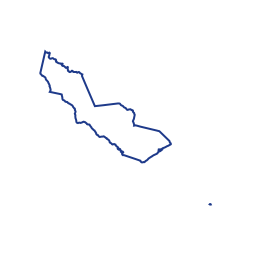 Caravelas, Bahia, Brazil (Natural Earth projection), rotated 20°
{"feature_id": "56859067B12322517102910", "entity_name": "Caravelas", "entity_type": "district", "adm_level": 2, "iso_a3": "BRA", "parent_name": "Brazil", "parent_adm1": "Bahia", "projection": "natural_earth1", "projection_center": [-39.704, -17.688], "detail": "fine", "context": "isolated", "style": "outline", "palette": "blue", "viewbox_px": 256, "rotation_deg": 20, "n_neighbors": 0, "source": "geoboundaries", "source_scale": "gbopen_adm2", "svg_char_len": 5589}
<svg xmlns="http://www.w3.org/2000/svg" viewBox="0 0 256 256"><g transform="rotate(20 128 128)"><path d="M111.3,108.0L110.1,108.4L96.9,115.1L89.4,118.8L76.6,105.2L66.9,94.8L66.8,93.3L66.1,93.3L65.8,93.1L65.2,93.0L64.6,93.0L64.1,92.8L63.7,92.5L63.2,92.3L62.7,92.2L62.1,92.6L61.7,93.2L61.3,93.4L60.9,93.3L60.5,93.0L60.1,93.0L59.7,93.3L59.1,93.5L58.5,93.7L57.9,93.9L57.5,94.0L57.0,93.8L56.6,93.4L56.1,93.3L55.6,93.5L55.4,94.1L55.0,94.7L54.6,95.1L54.3,95.3L53.9,95.4L53.4,95.3L53.0,95.0L52.6,94.7L52.1,94.8L51.8,94.4L51.6,93.8L51.2,93.3L50.8,92.7L50.9,92.0L50.6,91.4L50.2,91.4L50.0,91.8L49.7,92.3L49.2,92.7L48.7,92.6L48.3,92.3L48.0,92.2L47.5,92.1L47.2,91.9L46.7,91.7L46.1,91.7L45.5,92.0L44.9,91.9L44.4,91.5L44.4,91.0L44.6,90.5L44.5,90.0L43.9,90.0L43.6,90.3L43.2,90.7L42.6,90.6L42.1,90.5L41.4,90.8L40.9,90.8L40.4,90.8L40.0,90.8L39.5,90.7L39.0,90.4L38.3,90.6L37.8,90.3L37.4,89.8L37.3,88.9L37.0,88.6L36.5,88.3L36.1,88.3L35.5,88.6L34.9,88.5L34.2,88.3L33.5,88.1L32.9,88.3L32.3,88.9L31.6,89.4L31.0,89.5L30.3,89.2L29.6,88.8L29.2,88.4L29.1,87.6L29.2,87.1L29.2,86.5L29.0,85.9L28.9,85.3L29.0,84.7L28.7,84.2L28.2,84.1L27.9,84.6L27.3,85.0L26.7,84.9L26.2,84.7L25.8,84.9L25.3,85.1L24.9,84.9L24.1,84.5L26.8,106.3L27.1,106.9L27.8,107.2L28.2,107.5L28.6,107.6L29.2,108.1L29.7,108.3L30.3,108.1L30.8,108.2L31.2,108.4L31.7,108.4L32.4,108.6L33.1,108.9L33.5,109.3L33.9,110.0L34.4,110.5L35.1,111.0L35.6,111.1L36.1,111.4L36.5,111.7L37.1,112.0L37.5,112.5L37.8,112.9L38.2,113.2L38.5,113.5L38.9,113.8L39.2,114.2L39.6,114.6L40.0,115.1L40.0,115.7L40.3,116.0L40.7,116.3L41.1,116.9L41.6,117.6L42.0,118.2L42.3,118.8L42.3,119.5L42.3,120.2L42.2,120.8L53.3,119.2L54.3,119.2L54.6,119.9L54.9,120.3L55.2,120.8L55.6,121.3L55.8,121.8L56.1,122.2L56.3,122.9L56.6,123.3L56.9,123.6L57.4,123.9L58.0,123.9L58.6,123.9L59.0,124.0L59.7,124.4L60.2,124.7L60.7,124.6L61.2,124.6L61.7,124.4L62.2,124.4L62.6,124.7L63.1,125.0L63.5,125.1L64.0,125.2L64.4,125.1L64.8,125.1L65.5,125.4L66.1,125.5L66.6,125.5L67.0,125.7L67.5,125.7L68.2,126.0L68.6,126.4L69.0,126.7L69.5,127.2L70.0,127.4L70.7,127.9L71.2,127.9L71.7,128.4L71.9,129.2L72.2,129.5L72.6,129.9L73.1,130.5L73.2,131.4L73.2,132.0L73.1,132.7L73.4,133.1L73.7,133.4L74.2,133.9L74.3,134.5L74.5,135.0L74.7,135.5L75.0,136.1L75.3,136.7L75.6,137.1L76.0,137.5L76.4,138.1L76.8,138.6L77.1,139.3L77.4,139.9L77.8,140.3L78.2,140.5L78.7,140.5L79.3,140.5L79.8,140.0L80.5,139.6L81.1,139.5L81.6,139.5L82.1,139.1L82.6,138.8L83.0,138.4L83.3,138.0L83.6,137.7L84.0,137.5L84.3,137.2L84.8,137.3L85.3,137.3L85.9,137.2L86.6,137.6L87.3,137.7L87.8,138.0L88.2,138.4L88.9,138.4L89.6,138.3L90.1,138.0L90.7,138.0L91.1,138.3L91.4,138.7L92.0,139.0L92.6,139.5L93.3,139.8L93.7,140.3L94.3,140.7L94.8,140.9L95.2,141.0L95.9,141.4L96.6,141.7L97.4,141.8L97.7,142.1L98.2,142.5L98.7,142.9L99.2,143.1L99.6,143.7L100.0,143.9L100.2,144.4L100.5,144.7L100.9,144.9L101.6,145.1L102.2,145.0L102.8,145.4L103.3,145.8L104.0,146.0L104.5,146.1L105.0,145.8L105.4,145.6L105.8,145.3L106.7,144.9L107.2,144.7L107.6,144.4L108.1,144.1L108.8,144.4L109.3,144.4L109.9,144.6L110.5,144.9L111.0,144.8L111.5,144.9L111.8,145.4L112.3,145.4L112.8,145.6L113.3,145.6L114.0,145.9L114.4,146.1L114.8,146.4L115.1,146.8L115.4,147.2L115.6,147.6L116.0,147.9L116.5,147.8L117.1,148.1L117.6,148.2L118.2,148.4L118.5,148.7L119.0,148.8L119.4,148.6L120.0,148.1L120.4,147.8L120.9,147.9L121.6,148.1L121.9,147.9L122.2,148.2L122.8,148.7L123.4,149.1L124.1,149.2L124.7,149.4L125.2,149.6L125.5,150.1L125.2,150.6L125.4,151.0L125.9,151.3L126.5,151.4L126.9,151.5L127.4,151.4L127.5,150.5L127.9,150.6L128.2,150.9L128.6,151.5L129.1,151.7L129.3,152.7L130.0,153.0L130.4,152.5L130.7,152.0L131.1,152.0L131.8,152.4L131.7,152.9L131.5,153.4L131.2,154.1L131.5,154.7L132.0,155.1L132.5,155.3L133.1,155.0L133.6,154.9L145.0,154.6L150.8,154.5L151.0,154.9L151.5,155.1L152.1,155.5L152.5,155.6L153.1,155.4L153.5,155.3L153.9,155.0L154.4,154.6L154.9,154.6L155.3,154.2L155.5,153.8L155.7,153.2L156.0,152.7L156.5,152.3L156.9,151.6L157.3,150.9L157.5,150.4L157.6,149.9L157.9,149.5L158.2,149.0L158.6,148.5L158.9,148.1L159.2,147.7L159.6,147.2L159.9,146.8L160.3,146.4L160.5,145.9L160.8,145.6L161.1,145.2L161.4,144.8L161.8,144.4L162.2,144.1L162.5,143.7L163.0,143.2L163.5,142.8L163.9,142.3L164.3,141.8L164.3,141.2L164.6,140.7L164.7,140.1L164.6,139.4L164.3,138.3L164.2,137.6L164.8,137.4L165.4,137.1L165.9,136.9L166.3,136.8L166.7,136.4L167.1,135.9L167.3,135.5L167.6,135.1L168.0,134.7L168.4,134.4L168.8,134.1L169.3,133.6L169.8,133.1L170.2,132.6L170.8,131.9L171.2,131.5L171.6,131.2L172.0,130.8L172.5,130.2L172.9,129.7L173.2,129.4L173.6,129.0L173.8,128.5L173.4,127.8L173.0,127.7L172.4,127.4L172.0,126.9L171.7,126.4L171.3,126.0L158.6,120.3L155.5,120.6L139.0,122.5L136.2,122.7L134.2,122.9L133.8,123.2L133.3,123.5L132.9,123.7L132.8,123.1L132.4,122.4L132.0,122.0L131.7,121.5L131.4,121.1L131.1,120.7L130.6,120.4L130.3,120.0L130.3,119.5L130.3,118.8L130.4,118.1L130.4,117.4L130.3,116.6L130.2,116.1L130.1,115.4L130.0,114.7L129.9,113.9L129.8,113.4L129.6,113.0L129.1,112.7L128.9,112.3L128.6,111.8L128.2,111.6L127.7,111.5L127.2,111.1L127.0,110.5L126.6,109.9L126.1,109.8L125.7,109.8L125.3,110.0L125.0,109.7L124.6,109.7L124.2,109.7L123.7,109.6L123.2,109.9L122.8,110.1L122.4,110.3L121.9,110.8L121.5,111.1L121.0,111.2L120.2,110.8L119.5,110.4L118.9,110.0L118.1,110.0L117.6,110.0L117.0,109.8L116.4,109.5L116.1,109.3L115.7,109.1L115.2,109.0L114.7,109.0L114.1,109.0L113.4,108.8L112.8,108.4L112.4,108.1L111.9,107.9L111.3,108.0ZM165.8,139.0L166.2,138.7L166.5,138.2L165.9,138.5L165.4,138.7L165.1,139.0L165.4,139.4L165.8,139.0ZM230.9,171.8L231.4,171.9L231.9,171.6L231.6,171.3L231.1,171.4L230.9,171.8Z" fill="none" stroke="#1e3a8a" stroke-width="2"/></g></svg>